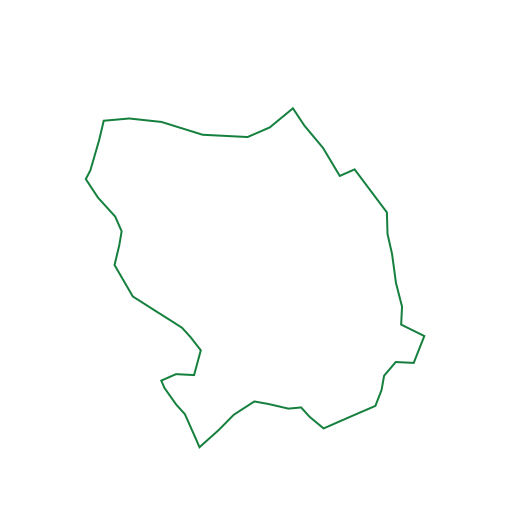 the district of Sinchon, Hwanghae-namdo, North Korea, rotated 246°
{"feature_id": "82179303B96637573116833", "entity_name": "Sinchon", "entity_type": "district", "adm_level": 2, "iso_a3": "PRK", "parent_name": "North Korea", "parent_adm1": "Hwanghae-namdo", "projection": "robinson", "projection_center": [125.442, 38.3], "detail": "fine", "context": "isolated", "style": "outline", "palette": "green", "viewbox_px": 512, "rotation_deg": 246, "n_neighbors": 0, "source": "geoboundaries", "source_scale": "gbopen_adm2", "svg_char_len": 841}
<svg xmlns="http://www.w3.org/2000/svg" viewBox="0 0 512 512"><g transform="rotate(246 256 256)"><path d="M104.3,126.6L112.1,150.9L120.0,171.1L123.8,195.3L115.6,207.4L103.4,223.5L99.3,235.6L87.2,239.6L71.0,247.6L70.9,267.8L70.7,287.9L70.5,304.1L82.5,316.2L94.5,324.3L102.3,340.5L94.2,356.6L114.4,377.2L134.3,360.7L150.3,368.8L174.4,372.9L202.5,381.1L222.6,385.1L242.6,393.3L295.0,381.3L295.1,365.1L327.4,361.2L355.6,353.2L375.9,349.8L367.9,321.0L368.1,296.7L388.5,256.5L416.9,224.2L433.2,196.1L441.5,171.9L425.5,159.7L401.6,139.5L395.5,131.8L373.5,135.4L349.3,143.4L333.2,143.3L321.2,135.3L305.3,123.1L269.1,127.0L244.8,143.1L232.7,151.2L220.6,159.2L208.5,163.2L192.3,167.2L172.4,151.0L180.6,134.9L180.7,118.8L172.7,118.7L152.6,122.7L140.5,126.7L124.4,126.7L112.4,126.7L104.3,126.6Z" fill="none" stroke="#15803d" stroke-width="2"/></g></svg>